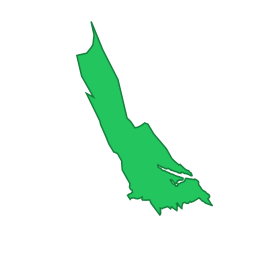 Ulvik nor, Hordaland, Norway (Equal Earth projection), rotated 239°
{"feature_id": "86288312B21987069747825", "entity_name": "Ulvik nor", "entity_type": "district", "adm_level": 2, "iso_a3": "NOR", "parent_name": "Norway", "parent_adm1": "Hordaland", "projection": "equal_earth", "projection_center": [6.947, 60.609], "detail": "fine", "context": "isolated", "style": "filled", "palette": "green", "viewbox_px": 256, "rotation_deg": 239, "n_neighbors": 0, "source": "geoboundaries", "source_scale": "gbopen_adm2", "svg_char_len": 5226}
<svg xmlns="http://www.w3.org/2000/svg" viewBox="0 0 256 256"><g transform="rotate(239 128 128)"><path d="M70.5,92.9L65.7,93.1L65.9,93.6L66.1,94.2L66.0,94.9L65.9,95.6L65.5,96.3L64.9,97.2L64.2,97.8L63.8,98.0L62.5,99.6L62.1,100.4L61.4,104.5L61.3,104.4L61.1,104.1L60.7,104.0L60.1,103.7L59.9,103.3L58.8,103.3L57.0,106.1L55.1,109.6L51.6,109.0L37.2,110.5L37.3,110.7L37.2,111.1L37.6,111.4L37.6,111.6L38.2,111.9L38.2,112.0L38.5,112.1L38.4,112.3L38.7,112.5L39.0,112.5L39.5,112.7L39.8,112.8L39.7,112.9L40.3,113.4L40.9,113.4L41.7,114.0L42.4,114.1L42.8,114.3L41.2,115.8L41.3,117.4L40.9,118.2L40.2,121.6L36.8,122.9L37.3,123.7L38.0,124.6L32.1,127.3L33.1,128.3L35.0,129.2L35.2,129.5L35.1,130.3L34.7,130.5L35.9,130.3L36.8,130.4L37.5,130.6L38.4,130.7L38.3,131.1L38.1,131.3L38.1,131.7L35.6,131.7L34.9,131.8L33.9,132.1L32.8,132.0L31.3,132.7L33.6,134.3L35.4,136.4L35.0,138.5L33.6,139.1L32.4,140.7L32.7,142.4L33.1,143.3L31.8,144.0L31.8,144.7L31.4,146.5L31.5,152.9L30.5,153.1L30.0,153.5L28.0,153.8L27.5,154.0L25.9,155.0L23.9,155.7L22.5,156.7L22.4,156.9L21.8,157.3L17.7,160.6L19.0,160.1L26.1,160.0L26.5,160.8L26.5,161.6L26.8,162.3L27.2,162.5L27.4,162.8L28.1,162.9L28.4,163.0L28.9,163.1L29.5,162.7L29.8,162.7L29.9,162.4L30.1,162.4L30.8,162.1L31.0,162.1L32.1,161.7L33.0,161.6L34.3,161.1L34.6,160.9L34.7,160.6L35.1,160.4L35.4,160.2L35.6,160.2L37.3,159.7L38.6,159.6L39.1,159.7L39.4,159.7L39.9,159.6L40.4,159.6L40.8,159.5L41.9,159.5L42.2,159.4L42.9,159.4L43.6,159.7L44.0,159.7L44.4,160.0L44.8,160.4L45.2,160.5L45.3,160.6L46.1,160.7L46.6,160.6L47.7,160.1L48.2,160.0L49.7,159.1L49.8,158.8L49.7,158.8L49.5,158.3L49.7,158.0L50.6,157.1L50.6,156.9L50.8,156.8L51.0,156.5L51.9,155.7L52.0,155.5L51.9,155.3L52.3,154.8L52.4,154.6L52.9,154.3L53.0,154.1L53.6,153.5L53.8,153.3L53.8,153.2L54.1,152.8L54.5,152.6L55.0,151.7L54.9,151.5L54.9,151.1L54.9,150.9L54.1,150.4L54.0,150.1L53.7,149.9L53.7,149.6L53.3,149.2L53.6,148.9L53.6,148.7L53.2,148.2L53.4,147.1L53.3,146.7L53.7,146.0L53.9,145.1L53.7,144.4L53.7,144.0L53.6,143.6L53.7,143.4L54.2,142.9L54.0,142.5L54.1,142.2L54.3,141.7L54.2,141.5L53.8,141.5L53.3,141.2L52.9,141.1L52.7,140.7L53.1,140.2L53.5,139.7L53.4,139.6L53.5,139.5L53.3,139.2L53.6,139.0L53.9,139.2L54.3,139.2L54.6,139.2L55.4,139.0L55.5,138.9L55.4,138.8L55.4,138.7L55.6,138.6L56.1,138.3L56.4,138.0L57.3,137.7L58.5,137.6L59.0,137.6L59.4,137.5L59.8,137.4L61.1,137.5L61.5,137.6L61.8,137.5L61.8,137.9L61.6,137.9L61.5,138.1L61.4,138.0L60.8,138.2L60.4,138.5L60.5,138.7L60.5,139.0L60.3,139.2L58.8,139.4L57.7,139.5L57.2,139.6L56.9,139.6L56.6,139.9L56.1,140.0L56.2,140.5L55.8,140.8L55.8,141.0L55.7,141.1L55.8,141.2L55.7,141.4L56.2,141.7L56.2,141.8L56.2,142.0L56.5,142.1L56.8,142.8L56.7,142.9L56.7,143.0L57.3,143.2L57.4,143.4L57.4,143.6L57.4,143.9L57.0,144.3L57.0,144.5L56.9,144.6L56.8,144.9L57.1,145.1L57.1,145.3L56.9,145.8L56.5,146.1L56.3,146.2L56.0,146.5L56.0,147.0L55.4,148.1L55.5,148.4L56.1,149.1L56.7,149.3L57.2,149.0L57.6,148.6L58.2,148.2L58.7,147.6L58.8,147.4L59.4,147.1L59.9,146.8L60.0,146.6L60.3,146.3L60.5,146.2L60.8,145.7L61.0,145.5L61.2,145.4L62.0,144.7L62.5,144.3L63.3,143.7L63.7,143.5L64.3,143.1L64.8,142.9L65.2,142.6L65.8,142.0L66.1,141.5L66.6,141.2L66.9,140.9L67.3,140.8L67.7,140.5L68.7,140.0L69.2,139.5L69.4,139.4L69.9,138.9L70.4,138.6L71.5,137.8L72.4,137.5L73.0,137.1L73.1,136.9L73.1,136.6L73.5,136.1L73.8,136.0L73.8,135.9L74.1,135.6L74.9,135.4L75.4,135.4L75.6,135.5L76.2,135.3L76.4,135.2L76.9,134.7L77.3,134.6L77.6,134.3L77.9,134.2L78.3,133.9L78.5,133.8L79.4,134.0L79.5,133.8L79.8,133.8L80.0,133.9L79.9,134.0L80.2,133.9L80.0,134.1L80.7,134.4L81.0,134.7L80.6,134.8L80.3,135.1L79.9,135.2L79.3,135.5L78.8,135.9L78.4,136.0L78.0,136.4L77.5,136.5L77.4,136.6L77.3,136.8L76.6,137.2L76.5,137.6L75.5,138.2L75.3,138.5L74.4,138.9L74.1,139.4L73.8,139.3L73.6,139.5L73.4,139.7L73.2,140.0L72.9,140.6L72.9,141.0L72.9,141.5L72.5,141.8L72.1,142.1L71.8,142.1L71.6,142.5L70.2,142.8L70.1,143.0L69.6,143.2L69.5,143.4L69.4,143.5L69.6,143.7L69.4,143.9L68.7,144.1L68.2,144.7L68.0,144.9L67.6,145.0L66.9,145.5L66.6,145.8L66.5,146.1L66.2,146.2L66.0,146.6L65.8,146.7L65.5,147.1L64.9,147.4L64.8,147.5L64.4,147.6L63.6,148.1L63.7,148.4L63.5,148.6L62.9,148.9L62.8,149.2L61.9,150.0L62.5,150.7L62.4,150.8L62.3,151.5L62.0,151.8L59.8,153.2L59.9,153.3L59.6,153.9L59.3,154.2L59.0,154.3L58.6,154.7L58.0,155.0L57.0,156.1L56.8,156.1L55.6,156.8L55.5,157.0L54.7,157.3L54.6,157.5L54.8,157.7L54.3,157.9L54.1,158.1L54.2,158.3L54.4,158.5L56.9,158.9L58.4,158.1L60.2,158.0L60.5,157.5L60.7,157.4L62.2,156.3L63.2,155.8L64.8,155.3L70.0,153.9L70.0,152.6L71.4,152.2L71.7,152.1L75.1,150.9L76.1,150.7L79.3,149.8L90.3,150.2L94.7,149.5L109.7,147.0L121.1,147.0L123.8,144.8L123.6,143.9L123.3,140.2L123.5,138.6L123.6,136.8L123.7,136.6L124.7,133.9L127.6,133.9L132.3,133.6L137.0,132.3L173.1,143.8L174.5,144.3L207.9,146.6L232.5,150.4L238.3,151.2L225.1,146.8L217.5,140.9L215.8,137.7L215.5,136.7L213.4,131.2L216.2,122.6L216.5,121.5L196.4,115.0L172.2,114.3L179.1,110.2L148.6,107.5L147.5,107.2L145.0,106.3L132.3,104.7L124.2,103.4L114.8,103.4L113.8,104.4L111.2,105.9L107.7,105.7L104.0,105.6L103.1,105.7L101.8,104.9L95.0,101.5L79.4,101.0L78.8,100.6L76.5,98.8L75.6,98.7L74.0,98.6L72.5,99.5L70.6,98.7L70.7,98.1L70.4,97.0L70.3,96.7L70.4,96.4L70.8,94.6L70.5,92.9Z" fill="#22c55e" stroke="#15803d" stroke-width="1.5"/></g></svg>